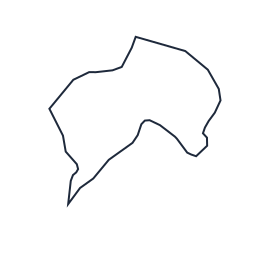 map outline of Podvelka (Albers equal-area conic projection), rotated 19°
{"feature_id": "SVN-214", "entity_name": "Podvelka", "entity_type": "Municipality", "adm_level": 1, "iso_a3": "SVN", "parent_name": "Slovenia", "parent_adm1": "", "projection": "albers", "projection_center": [15.369, 46.578], "detail": "fine", "context": "isolated", "style": "outline", "palette": "slate", "viewbox_px": 256, "rotation_deg": 19, "n_neighbors": 0, "source": "natural_earth", "source_scale": "10m", "svg_char_len": 631}
<svg xmlns="http://www.w3.org/2000/svg" viewBox="0 0 256 256"><g transform="rotate(19 128 128)"><path d="M157.1,36.6L184.5,46.9L201.1,61.5L206.5,71.8L205.1,85.2L202.0,95.1L200.6,102.5L200.6,108.6L205.8,111.4L208.6,119.0L201.6,132.5L196.4,132.5L192.0,132.0L177.7,122.2L175.2,120.9L157.3,114.9L145.9,113.6L141.5,115.5L139.4,120.1L139.5,131.6L137.1,140.6L120.2,164.3L111.6,187.1L102.2,200.3L96.2,219.4L91.1,196.6L91.3,190.4L93.5,186.8L94.2,183.1L91.4,178.9L76.8,170.6L69.0,156.4L47.4,135.4L60.6,100.2L73.1,87.8L79.4,85.7L94.6,78.5L102.2,72.3L105.4,50.9L105.6,39.3L157.1,36.6Z" fill="none" stroke="#1e293b" stroke-width="2"/></g></svg>